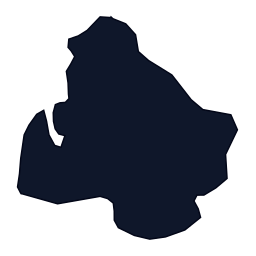 outline of Ulsan, rotated 181°
{"feature_id": "KOR-2508", "entity_name": "Ulsan", "entity_type": "Metropolitan City", "adm_level": 1, "iso_a3": "KOR", "parent_name": "South Korea", "parent_adm1": "", "projection": "equal_earth", "projection_center": [129.283, 35.499], "detail": "fine", "context": "isolated", "style": "filled", "palette": "ink", "viewbox_px": 256, "rotation_deg": 181, "n_neighbors": 0, "source": "natural_earth", "source_scale": "10m", "svg_char_len": 923}
<svg xmlns="http://www.w3.org/2000/svg" viewBox="0 0 256 256"><g transform="rotate(181 128 128)"><path d="M233.6,60.4L234.3,61.3L237.4,67.1L235.7,80.2L234.7,95.8L231.7,119.3L227.0,129.2L219.5,140.1L212.6,144.2L209.6,133.5L206.9,119.7L201.0,109.3L194.7,107.5L190.9,119.3L197.1,120.8L200.8,125.9L202.6,133.4L203.0,142.0L201.0,150.1L196.4,152.0L191.1,152.5L187.5,156.4L188.1,160.8L188.7,172.0L190.6,183.6L186.3,191.0L182.5,198.5L186.3,204.3L189.3,207.6L188.7,215.8L179.3,219.2L170.5,224.9L157.8,238.6L147.1,238.1L146.9,238.7L145.0,237.0L132.1,232.1L122.1,221.4L119.0,204.6L108.6,195.8L85.1,181.8L65.4,157.4L53.5,147.7L25.4,143.0L18.6,128.1L30.0,103.3L28.1,79.3L39.1,69.7L50.9,62.3L57.9,62.1L60.8,56.2L56.4,48.4L53.9,39.9L69.3,27.1L88.6,19.8L104.3,17.3L119.8,20.7L135.9,28.2L140.1,35.6L140.3,44.6L141.4,52.7L147.1,57.1L154.7,59.2L197.1,51.0L233.2,60.5L233.6,60.4Z" fill="#0f172a" stroke="#020617" stroke-width="1.5"/></g></svg>